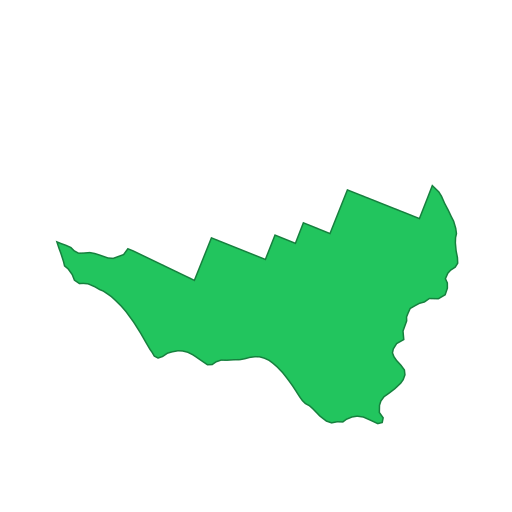 outline of Areia Branca, Rio Grande do Norte, Brazil, rotated 202°
{"feature_id": "56859067B41346782761286", "entity_name": "Areia Branca", "entity_type": "district", "adm_level": 2, "iso_a3": "BRA", "parent_name": "Brazil", "parent_adm1": "Rio Grande do Norte", "projection": "orthographic", "projection_center": [-37.037, -5.022], "detail": "fine", "context": "isolated", "style": "filled", "palette": "green", "viewbox_px": 512, "rotation_deg": 202, "n_neighbors": 0, "source": "geoboundaries", "source_scale": "gbopen_adm2", "svg_char_len": 1957}
<svg xmlns="http://www.w3.org/2000/svg" viewBox="0 0 512 512"><g transform="rotate(202 256 256)"><path d="M445.9,194.5L441.5,189.3L438.2,185.7L435.5,182.5L432.2,178.5L429.8,175.1L425.4,173.7L419.4,169.9L415.3,165.6L409.4,164.3L405.9,165.9L401.3,167.3L393.7,167.1L388.3,166.3L384.6,166.3L379.3,165.2L375.0,164.2L369.4,162.1L362.2,159.1L355.6,155.7L344.7,148.9L334.0,141.2L326.4,135.2L319.4,129.8L316.3,127.8L312.8,125.1L308.6,124.7L305.0,127.8L301.7,132.7L297.9,135.7L292.9,138.9L288.7,140.4L283.3,141.2L277.9,140.8L274.3,140.1L269.9,139.1L266.3,138.3L260.3,137.0L256.0,138.9L253.4,142.9L249.4,146.4L243.9,148.5L237.9,151.4L232.2,153.8L227.7,156.7L223.9,159.6L219.1,162.3L214.8,163.9L209.9,164.4L205.0,164.2L200.4,163.0L194.8,161.1L187.7,157.9L182.1,154.7L178.3,152.4L173.4,149.3L168.5,145.9L165.3,143.6L162.0,141.3L158.8,139.3L155.0,137.7L150.4,137.2L146.2,135.7L142.6,134.1L137.0,131.6L133.2,130.5L128.9,129.3L123.4,129.6L118.7,132.7L113.3,134.7L111.1,138.4L106.7,142.7L102.2,145.4L96.2,146.9L89.8,146.7L85.6,146.5L80.3,146.2L76.6,148.9L77.5,153.6L83.0,157.1L85.6,163.9L85.9,168.4L84.6,173.5L81.0,179.1L77.6,184.9L74.2,192.3L73.2,196.5L73.4,201.6L75.7,205.9L80.7,209.0L86.6,211.8L90.4,214.3L93.2,217.3L93.9,221.3L92.8,227.5L87.7,233.9L91.6,241.5L92.0,252.3L93.6,255.9L93.6,260.3L93.4,265.1L89.8,269.7L86.8,273.3L82.6,276.5L79.4,281.5L70.9,284.7L66.1,290.9L66.5,297.9L68.5,302.7L71.9,305.9L71.7,311.9L70.3,315.7L67.1,320.3L66.3,324.9L68.6,329.9L72.5,335.9L76.1,342.9L77.9,347.9L78.5,351.8L81.2,356.5L85.8,362.3L90.2,366.1L94.6,370.2L100.9,375.5L106.3,380.8L110.5,383.9L118.9,387.3L118.7,373.5L118.5,351.9L196.0,351.5L195.8,304.5L200.0,304.5L224.5,304.5L224.2,282.5L246.2,282.5L246.0,256.3L304.1,256.1L304.0,210.3L371.8,214.7L377.5,214.7L379.3,207.7L387.5,200.3L392.5,198.7L401.1,198.3L406.4,197.9L411.4,196.9L417.0,194.1L421.6,192.1L426.6,192.7L430.8,194.5L436.3,194.7L441.5,194.5L445.9,194.5Z" fill="#22c55e" stroke="#15803d" stroke-width="1.5"/></g></svg>